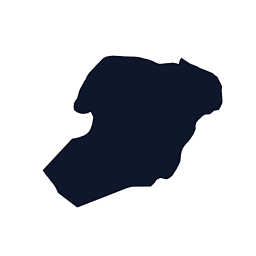 the district of Ash Shahil, Hajjah, Yemen, rotated 126°
{"feature_id": "15242507B16315139957826", "entity_name": "Ash Shahil", "entity_type": "district", "adm_level": 2, "iso_a3": "YEM", "parent_name": "Yemen", "parent_adm1": "Hajjah", "projection": "natural_earth1", "projection_center": [43.424, 15.855], "detail": "fine", "context": "isolated", "style": "filled", "palette": "ink", "viewbox_px": 256, "rotation_deg": 126, "n_neighbors": 0, "source": "geoboundaries", "source_scale": "gbopen_adm2", "svg_char_len": 2003}
<svg xmlns="http://www.w3.org/2000/svg" viewBox="0 0 256 256"><g transform="rotate(126 128 128)"><path d="M40.4,125.3L40.7,125.3L41.1,125.3L42.5,125.3L42.7,125.2L43.2,125.0L43.5,124.8L44.0,124.7L44.4,124.5L44.6,124.3L45.0,124.3L45.3,124.1L45.7,124.0L45.8,124.0L46.2,123.7L46.6,123.6L47.0,123.4L47.7,126.0L49.6,130.0L51.7,132.2L53.6,134.6L56.0,137.1L58.2,139.7L59.3,142.9L59.8,145.7L59.9,146.6L60.8,150.2L61.5,152.1L61.9,153.2L63.3,156.2L64.4,159.4L65.9,162.3L67.5,164.9L69.3,167.4L71.2,170.3L73.3,173.4L74.9,176.1L76.1,177.9L77.0,179.3L78.8,182.1L81.2,184.8L83.7,187.1L86.4,188.4L89.2,188.9L92.7,189.3L96.4,189.9L99.8,190.2L102.7,190.7L106.6,191.1L110.2,191.0L113.1,190.2L116.0,190.2L118.9,189.7L122.2,189.3L125.1,188.9L127.9,188.1L131.1,186.8L133.9,185.8L136.8,185.9L139.6,185.5L142.3,183.9L144.5,181.9L144.5,178.8L143.7,175.6L142.2,172.8L139.7,170.3L137.2,168.7L136.2,168.4L136.0,167.4L139.3,161.7L142.3,160.3L145.2,158.8L148.0,157.8L148.6,157.7L150.9,157.0L153.7,156.7L156.7,157.2L158.7,157.9L159.7,158.2L162.1,159.8L164.7,161.5L167.5,163.9L169.0,165.4L169.8,166.2L211.9,171.4L212.6,169.4L213.6,166.1L214.5,162.7L215.5,159.6L216.4,156.0L217.4,152.9L219.1,149.3L220.9,146.2L221.4,122.8L218.5,120.9L192.8,104.4L176.7,94.1L172.5,90.7L171.1,88.8L161.5,75.8L159.7,75.5L156.7,75.0L153.1,75.2L148.9,73.2L146.4,67.4L146.3,67.1L143.5,65.6L140.6,64.9L139.1,64.9L137.1,65.0L133.6,65.3L133.0,65.2L130.5,65.7L127.3,66.1L124.5,66.8L121.8,68.3L119.1,69.9L115.8,71.5L112.9,72.3L109.3,72.6L106.5,72.4L103.6,72.0L100.8,71.9L97.8,72.0L97.5,72.0L94.8,72.1L92.0,72.7L89.2,73.4L87.0,75.3L83.8,76.6L80.5,76.6L77.1,75.9L74.1,75.4L71.3,74.1L68.3,70.5L66.2,69.9L65.6,69.7L63.2,69.3L59.9,66.1L57.8,66.0L55.1,66.6L53.1,66.9L51.4,67.8L46.6,71.8L43.2,74.7L42.5,75.3L39.8,76.6L37.8,80.2L37.0,81.8L34.8,86.0L35.0,87.7L34.9,88.7L34.6,91.4L35.3,94.7L36.1,98.0L36.8,100.8L37.0,101.5L37.9,104.6L38.3,108.2L39.0,111.4L40.0,114.5L40.3,117.7L40.4,120.9L40.5,124.1L40.4,125.3Z" fill="#0f172a" stroke="#020617" stroke-width="1.5"/></g></svg>